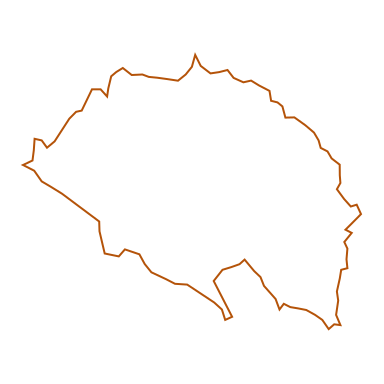 the district of Lagoa Bonita do Sul, Rio Grande do Sul, Brazil
{"feature_id": "56859067B64847841628369", "entity_name": "Lagoa Bonita do Sul", "entity_type": "district", "adm_level": 2, "iso_a3": "BRA", "parent_name": "Brazil", "parent_adm1": "Rio Grande do Sul", "projection": "equal_earth", "projection_center": [-53.035, -29.505], "detail": "fine", "context": "isolated", "style": "outline", "palette": "amber", "viewbox_px": 384, "rotation_deg": 0, "n_neighbors": 0, "source": "geoboundaries", "source_scale": "gbopen_adm2", "svg_char_len": 1357}
<svg xmlns="http://www.w3.org/2000/svg" viewBox="0 0 384 384"><path d="M225.2,319.9L232.1,316.8L213.7,281.0L222.5,269.8L231.3,267.1L239.5,264.2L244.6,259.6L254.2,271.1L260.5,277.1L264.0,285.9L275.6,299.0L279.5,309.5L283.8,303.8L290.3,307.1L298.1,308.4L306.3,310.0L315.1,314.9L322.3,319.9L328.7,329.1L334.2,324.3L340.4,325.1L336.1,314.9L338.2,300.6L336.9,291.5L339.8,278.4L341.2,269.8L347.4,268.2L346.5,259.3L347.4,248.6L344.3,242.0L351.7,232.9L345.5,229.7L354.5,220.7L361.0,214.1L356.7,204.7L350.8,206.5L344.1,199.0L336.9,189.2L340.4,183.0L339.8,175.3L339.7,164.7L331.6,158.4L327.5,151.4L320.7,147.9L318.6,140.4L314.0,132.6L305.4,125.3L294.4,117.4L285.4,117.6L282.4,106.4L277.5,102.4L271.1,100.8L269.5,90.9L259.1,85.5L251.1,80.6L243.4,82.3L233.6,77.9L227.5,70.0L219.2,72.1L210.5,73.4L200.7,65.9L195.2,54.9L191.9,66.8L185.7,74.5L178.0,80.7L167.4,79.1L157.1,77.7L148.8,76.9L142.4,74.5L131.7,75.0L122.8,68.0L116.3,72.0L111.2,76.3L108.3,88.4L107.1,96.5L100.6,89.3L92.0,89.3L81.7,110.6L76.1,111.8L69.3,118.7L54.6,141.4L47.0,147.7L41.7,140.4L34.6,138.8L33.8,150.3L32.5,160.5L23.0,165.0L34.2,170.7L41.7,181.4L50.7,186.7L62.0,193.7L99.2,221.5L99.5,231.3L101.9,241.6L104.7,253.5L118.8,256.4L124.9,249.4L139.4,254.3L144.7,264.0L151.4,272.3L166.1,279.2L175.0,283.8L187.2,284.6L214.2,302.5L221.9,309.5L225.2,319.9Z" fill="none" stroke="#b45309" stroke-width="2"/></svg>